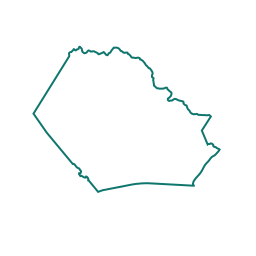 the district of Lepaera, Lempira, Honduras, rotated 112°
{"feature_id": "27666195B68722731922498", "entity_name": "Lepaera", "entity_type": "district", "adm_level": 2, "iso_a3": "HND", "parent_name": "Honduras", "parent_adm1": "Lempira", "projection": "mercator", "projection_center": [-88.631, 14.834], "detail": "fine", "context": "isolated", "style": "outline", "palette": "teal", "viewbox_px": 256, "rotation_deg": 112, "n_neighbors": 0, "source": "geoboundaries", "source_scale": "gbopen_adm2", "svg_char_len": 5380}
<svg xmlns="http://www.w3.org/2000/svg" viewBox="0 0 256 256"><g transform="rotate(112 128 128)"><path d="M78.4,110.2L78.7,111.3L79.0,111.7L79.5,113.0L79.7,113.4L79.8,113.6L79.8,114.7L80.2,115.5L80.3,115.9L80.3,116.0L79.8,117.4L79.3,118.7L79.1,119.3L79.0,119.7L78.9,119.8L78.7,119.9L77.7,120.3L77.3,120.7L75.3,121.8L74.8,122.1L74.6,122.3L74.4,122.5L73.5,122.8L72.6,122.8L72.2,123.1L72.0,123.5L71.9,124.6L71.6,124.9L70.2,125.5L69.0,125.5L68.1,125.6L67.7,125.9L67.3,126.2L66.6,126.8L66.4,127.1L66.3,127.4L65.8,127.9L65.5,128.4L64.5,130.3L64.7,131.2L64.6,131.4L64.5,131.7L64.2,132.1L63.5,133.4L63.3,133.8L63.1,134.8L62.3,135.9L61.9,136.3L61.6,136.8L60.5,138.8L60.1,139.8L60.0,140.2L59.7,141.4L59.8,141.7L59.9,142.4L59.9,142.5L59.4,142.8L59.1,143.1L58.9,143.3L58.9,143.7L58.9,144.6L59.0,145.1L59.2,145.5L59.4,145.8L59.7,146.1L60.0,146.7L60.2,147.1L60.4,147.5L60.5,148.2L60.7,149.3L60.8,149.6L61.2,150.4L61.2,150.6L61.2,151.0L61.0,151.4L60.8,151.8L60.3,152.4L59.6,154.0L59.3,154.5L59.3,155.0L59.3,155.5L59.3,155.9L58.4,156.6L58.4,157.1L58.6,157.7L58.9,158.2L59.5,159.2L59.6,159.4L59.8,160.6L59.7,160.8L59.4,161.3L59.2,162.7L59.1,162.9L59.2,163.4L59.2,163.7L58.9,164.0L58.4,165.0L57.9,165.8L57.8,166.1L57.7,166.7L57.6,167.4L57.7,168.5L57.9,169.1L58.5,170.3L58.7,170.8L58.7,171.1L58.8,171.2L58.9,171.3L59.2,171.4L61.0,171.9L62.1,172.3L64.1,172.6L64.7,172.8L65.0,172.9L65.2,173.1L65.3,173.2L65.6,173.5L66.0,173.9L66.3,173.9L67.2,174.0L67.5,174.0L68.3,174.5L68.3,175.2L68.3,175.6L68.3,175.8L68.2,176.0L67.4,177.4L67.2,177.9L66.8,178.6L66.7,179.0L67.1,179.4L67.7,179.7L67.8,179.8L69.1,181.2L70.2,182.2L70.4,182.6L70.6,182.8L70.6,183.1L70.5,183.4L70.3,183.6L70.1,183.9L70.0,184.0L69.8,185.7L69.8,186.6L69.6,188.0L69.7,188.5L70.0,189.1L70.3,189.7L70.7,190.3L70.9,190.8L71.0,191.1L71.1,191.3L71.0,191.5L70.8,192.6L70.8,193.1L70.8,193.4L70.9,193.6L71.1,193.8L71.6,194.1L72.0,194.2L72.5,194.3L72.9,194.5L73.5,194.7L73.9,195.0L74.2,195.3L74.6,195.8L74.9,196.2L75.0,196.6L75.0,197.0L74.8,197.4L74.5,198.5L74.3,198.9L74.1,199.1L73.7,199.4L72.1,200.4L71.8,200.7L71.6,201.1L71.4,201.6L71.0,202.2L70.9,202.6L70.8,202.9L70.8,203.2L70.9,203.3L71.1,203.5L71.3,203.6L71.8,203.6L72.9,203.5L73.1,203.5L73.3,203.6L74.0,204.3L74.5,205.0L75.0,205.2L75.4,205.3L75.6,205.5L75.7,205.8L75.7,206.1L75.6,206.5L75.3,207.0L75.2,207.3L75.2,207.7L75.3,207.9L75.8,207.9L76.3,208.0L76.6,208.1L77.1,208.4L78.6,208.9L78.7,209.0L78.8,209.1L79.3,209.9L79.6,210.2L79.9,210.4L80.3,210.6L80.8,210.6L81.3,210.5L83.0,209.5L83.5,209.4L83.9,209.4L84.0,209.4L84.2,209.5L150.1,221.0L162.7,201.7L182.0,165.8L182.0,165.6L182.0,165.4L181.9,165.3L181.8,165.2L181.7,165.1L181.7,164.4L181.7,164.0L181.8,163.8L182.4,163.0L183.0,161.8L183.3,161.3L183.6,160.8L183.7,160.3L183.7,159.9L183.9,159.0L183.8,158.2L183.9,157.9L184.4,157.4L184.6,157.1L185.0,156.6L185.1,156.2L185.2,155.9L185.5,155.6L185.7,155.4L185.8,155.3L186.1,155.2L187.0,155.2L187.4,155.1L187.7,155.1L187.9,155.3L188.1,155.7L188.2,156.0L188.2,156.3L188.4,156.3L188.7,156.2L189.0,156.2L190.3,154.3L190.4,154.1L189.9,153.5L189.8,153.3L189.8,153.1L189.9,152.7L189.9,152.3L189.9,151.9L190.0,151.5L190.2,151.0L190.2,150.4L190.2,149.9L190.0,149.5L189.9,148.7L189.6,148.4L189.4,148.5L188.9,148.7L188.7,148.7L188.6,148.4L188.7,147.8L189.1,146.8L190.0,145.8L190.3,145.6L190.5,145.5L190.8,145.5L191.2,145.5L191.3,145.4L191.5,145.2L191.4,145.0L191.3,144.9L198.4,131.8L195.2,128.2L178.9,103.1L178.1,101.8L176.6,99.2L175.9,97.8L174.5,95.1L173.2,92.3L171.8,89.0L156.9,45.5L156.8,45.4L156.6,45.6L156.3,46.1L156.2,46.3L155.8,46.6L155.3,46.9L154.6,47.0L153.8,47.1L153.1,47.2L152.4,47.1L151.8,47.0L151.0,46.8L149.1,46.3L147.2,45.6L144.5,44.6L143.7,44.3L142.8,44.1L141.2,43.7L139.9,43.5L136.0,43.1L134.5,42.9L133.3,42.7L131.4,42.1L129.4,41.3L128.0,40.8L127.3,40.6L125.6,40.2L124.4,39.8L123.6,39.5L123.0,39.1L122.3,38.6L121.5,37.9L121.1,37.6L120.5,37.2L119.8,36.9L118.5,36.4L116.0,35.5L114.5,35.1L113.9,35.0L113.6,35.0L113.4,36.0L113.4,36.3L113.4,37.4L113.3,38.5L112.9,39.2L112.9,39.7L113.0,40.1L113.1,40.7L113.1,41.5L112.8,42.0L112.6,42.3L112.3,42.4L111.9,42.5L111.6,42.8L111.1,44.2L111.3,45.4L111.3,45.6L112.0,46.1L112.3,46.3L112.5,47.0L112.7,47.5L113.0,47.8L113.4,48.0L102.7,58.6L86.3,55.5L85.7,57.0L85.6,57.3L85.6,57.6L87.0,60.4L87.0,60.6L87.1,61.0L87.3,61.8L88.3,64.3L88.6,65.4L89.3,67.3L89.4,67.7L89.4,68.1L89.3,68.4L89.1,68.9L89.1,69.1L89.2,69.3L89.3,69.8L89.5,70.1L89.9,70.6L90.4,71.9L90.6,72.1L90.7,72.3L90.8,72.7L90.7,73.5L90.8,73.9L90.7,74.1L90.7,74.5L90.4,75.6L89.5,76.8L88.8,77.7L88.7,78.0L88.5,78.5L88.1,79.4L88.0,79.6L87.7,80.0L86.7,80.9L86.4,81.2L85.6,81.7L85.4,81.9L85.3,82.0L85.2,82.3L85.3,83.6L84.9,84.8L84.7,85.4L84.4,85.6L84.2,85.9L83.9,86.0L83.5,86.1L83.1,86.4L82.8,86.6L82.8,86.8L82.8,87.3L83.0,88.4L83.2,89.9L83.4,91.3L83.4,91.9L83.2,94.0L83.2,94.6L83.3,95.0L83.4,95.3L83.6,95.6L83.9,96.0L84.2,96.3L84.6,96.6L85.3,97.0L85.6,97.2L85.9,97.4L86.0,97.5L86.3,98.0L86.9,99.3L87.1,99.5L87.3,99.8L87.5,100.1L87.5,100.3L87.5,100.5L87.4,101.0L87.1,101.4L86.9,101.6L86.6,101.8L86.4,101.9L86.1,102.0L85.8,102.0L85.6,101.9L85.2,101.6L84.1,101.0L82.3,100.3L81.3,100.3L80.2,100.4L79.8,100.6L79.5,100.7L79.2,100.8L79.1,101.0L78.8,101.4L78.6,101.7L78.5,102.1L78.4,102.8L78.2,103.4L77.7,104.6L77.2,105.9L77.2,106.0L76.5,106.5L76.3,106.7L76.2,106.8L76.1,107.0L76.2,107.5L76.3,107.9L77.1,108.8L77.4,109.0L77.7,109.4L78.2,109.9L78.4,110.2Z" fill="none" stroke="#0f766e" stroke-width="2"/></g></svg>